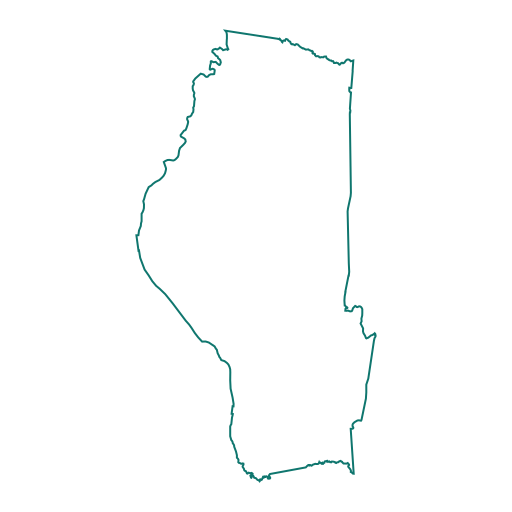 Tamalameque, Cesar, Colombia
{"feature_id": "7082276B88899531515533", "entity_name": "Tamalameque", "entity_type": "district", "adm_level": 2, "iso_a3": "COL", "parent_name": "Colombia", "parent_adm1": "Cesar", "projection": "natural_earth1", "projection_center": [-73.751, 8.897], "detail": "fine", "context": "isolated", "style": "outline", "palette": "teal", "viewbox_px": 512, "rotation_deg": 0, "n_neighbors": 0, "source": "geoboundaries", "source_scale": "gbopen_adm2", "svg_char_len": 5957}
<svg xmlns="http://www.w3.org/2000/svg" viewBox="0 0 512 512"><path d="M202.1,341.6L205.6,341.5L208.8,342.5L214.6,346.4L215.9,348.7L216.8,349.7L217.7,353.4L218.9,355.6L219.3,356.9L220.1,357.8L221.3,360.1L224.5,361.1L226.9,362.9L228.4,364.5L229.6,367.1L230.2,369.4L230.3,372.3L230.2,380.3L230.6,388.7L232.6,397.7L233.6,403.9L233.5,406.3L232.6,406.2L231.6,413.8L232.8,414.0L232.7,414.8L232.0,417.6L231.3,424.2L230.6,425.3L230.2,426.5L230.2,436.3L231.3,440.1L232.1,441.0L232.6,442.1L232.8,443.4L233.6,444.3L234.1,445.4L234.2,446.7L236.0,451.5L236.9,455.2L236.9,457.7L237.9,458.7L238.5,459.9L238.3,462.2L238.8,462.8L239.8,463.0L241.2,463.8L242.6,463.4L243.4,463.6L243.5,464.6L242.7,466.1L242.6,466.8L243.9,468.7L244.3,470.3L244.8,470.8L245.8,471.1L246.2,471.7L246.9,473.4L247.6,473.6L248.5,472.7L248.8,472.7L250.0,473.2L251.6,472.9L252.5,473.6L251.8,474.8L250.8,475.2L250.4,475.6L251.0,477.6L251.3,477.8L251.6,477.5L251.5,476.1L251.6,475.7L251.9,475.5L253.1,475.5L254.3,477.8L255.8,478.1L257.5,479.9L258.9,480.3L259.6,481.3L259.8,481.1L259.9,479.5L260.4,479.3L261.6,479.9L262.1,479.2L262.4,478.2L263.1,477.9L263.1,477.2L263.7,477.5L264.1,476.4L264.7,476.4L265.1,477.0L265.5,477.0L266.2,476.3L266.6,476.3L267.8,477.1L267.7,477.9L268.1,478.6L268.9,478.7L269.9,478.5L270.2,478.0L270.1,477.4L269.2,476.3L269.0,475.3L270.0,474.0L305.8,467.4L307.2,465.9L308.0,465.6L308.3,465.0L309.1,465.0L309.5,465.4L309.9,465.0L310.5,465.1L311.1,465.6L311.6,465.7L312.8,464.7L315.3,463.8L316.1,464.0L317.9,464.0L318.8,463.4L319.2,462.3L319.5,462.9L320.4,462.6L321.1,463.3L322.0,462.9L322.0,463.8L323.0,463.9L323.5,463.1L324.3,462.8L324.4,462.0L325.0,461.3L325.7,461.2L326.4,461.5L326.8,460.9L327.3,460.8L328.0,461.9L329.3,461.4L330.0,462.1L330.5,462.0L330.9,462.3L331.2,462.3L331.7,461.6L333.0,461.6L334.7,462.0L335.1,462.2L335.4,462.8L336.3,463.0L337.1,462.3L338.4,462.2L339.1,461.4L340.4,460.9L340.7,460.9L341.4,461.7L342.1,461.8L342.4,462.4L343.5,463.5L346.5,463.6L347.7,463.0L348.4,464.0L349.0,464.4L349.1,465.0L348.3,466.0L348.2,466.7L350.3,469.3L350.9,470.6L350.8,472.0L351.6,472.3L352.9,473.6L353.7,473.7L350.7,428.8L352.6,428.7L353.2,428.3L353.3,427.5L352.5,426.0L352.6,424.6L353.0,423.7L354.5,422.2L357.4,420.5L358.9,420.3L361.0,420.7L361.5,419.9L365.9,398.7L366.3,392.5L366.3,384.6L368.3,378.6L373.9,341.0L374.5,338.2L375.5,336.5L375.6,335.6L375.2,333.8L374.8,333.4L374.7,333.6L375.2,334.4L374.9,334.7L374.6,334.1L374.2,334.4L373.8,334.0L372.3,335.1L371.2,335.3L368.2,337.7L366.4,338.4L366.0,338.1L365.0,335.6L363.5,333.2L363.0,331.4L363.1,328.4L360.6,323.5L361.6,321.3L361.4,318.7L362.2,315.5L362.3,313.1L362.3,309.2L361.6,307.7L361.1,307.1L360.3,306.5L359.1,306.3L357.5,307.1L356.7,307.0L355.7,306.1L355.2,305.9L353.0,308.2L352.2,310.5L351.7,311.2L350.1,311.4L348.0,310.6L346.5,310.8L345.3,310.7L345.5,308.7L345.9,308.3L347.3,308.0L347.4,307.7L347.0,307.2L346.1,306.9L345.2,305.6L344.7,305.5L344.4,300.5L344.7,296.3L345.5,291.9L345.3,291.8L348.5,275.6L348.8,275.6L349.2,271.8L348.8,263.2L347.6,211.4L348.0,208.4L350.6,196.2L350.9,192.8L349.8,114.2L349.9,112.4L350.2,112.4L350.4,110.7L349.9,108.7L351.0,92.5L350.4,92.4L349.4,91.3L349.2,89.8L349.5,88.7L349.2,88.2L349.3,87.7L350.6,88.1L351.3,88.0L352.7,71.0L352.6,70.8L353.3,60.5L350.8,61.3L349.5,59.9L348.5,59.5L347.3,59.5L346.1,60.3L344.3,62.7L343.0,63.3L342.1,62.7L341.4,62.9L339.7,64.7L339.0,64.4L338.1,63.2L337.2,63.0L336.5,62.6L335.4,63.0L334.0,63.0L333.4,61.5L333.0,61.1L332.1,61.3L331.2,60.5L330.5,60.6L328.9,59.9L328.5,59.3L327.8,59.2L327.2,58.7L326.6,58.2L326.0,56.5L324.1,56.6L323.3,57.3L321.1,57.1L320.8,57.4L320.3,57.5L319.4,57.3L318.8,56.5L317.8,56.1L316.1,56.3L315.0,55.2L315.0,54.1L314.1,53.7L313.0,53.7L312.5,53.2L312.5,52.6L312.8,52.1L312.3,51.6L312.5,51.3L312.0,50.9L311.2,51.0L310.3,50.4L309.5,50.3L308.4,49.4L305.8,49.6L303.6,48.4L303.0,48.5L302.7,48.1L302.2,48.1L300.0,46.7L297.8,44.5L296.2,44.1L294.9,45.2L293.2,44.3L292.2,44.4L292.0,44.0L291.3,44.0L290.7,43.2L290.2,41.7L289.3,41.4L288.4,40.5L288.1,40.4L287.6,39.5L286.1,39.0L285.3,39.8L285.0,40.8L283.7,40.5L282.9,40.9L282.4,42.3L281.9,41.9L281.2,40.4L280.2,40.0L279.9,38.9L279.5,38.6L279.0,39.0L278.3,39.1L277.8,38.8L225.3,30.7L226.4,32.1L226.7,33.4L226.9,34.9L226.9,38.8L226.8,39.4L226.6,44.4L227.7,48.0L228.3,49.2L227.6,49.8L227.1,49.4L226.0,49.3L223.1,50.2L222.1,49.1L219.9,47.6L218.9,48.6L218.5,48.7L217.6,49.4L216.8,49.4L215.7,48.9L214.8,49.1L213.6,49.5L212.9,50.0L212.4,50.8L212.3,51.9L214.5,53.9L215.9,55.7L217.6,56.5L218.1,58.2L219.5,59.3L220.2,60.1L220.8,62.3L220.2,64.2L219.8,64.8L219.2,65.0L217.7,63.9L215.7,61.9L213.4,62.2L211.6,61.2L211.0,61.2L210.8,61.4L210.8,63.4L210.1,65.5L209.7,69.2L209.9,69.5L210.3,69.7L212.3,68.8L212.8,68.8L214.3,69.5L214.7,70.1L214.7,70.6L214.2,74.0L213.8,74.2L210.7,74.3L209.1,75.1L207.7,76.7L206.7,76.9L205.7,76.6L203.6,74.5L200.7,73.7L195.3,78.5L193.2,81.4L193.2,82.1L193.8,83.1L193.9,83.8L193.4,85.2L192.7,86.2L192.7,88.5L193.0,90.3L194.3,92.7L194.3,93.5L193.9,94.6L193.8,96.2L194.8,98.5L194.9,99.4L194.4,101.0L194.0,106.2L193.2,107.7L193.5,109.3L193.2,112.0L192.0,113.7L191.4,115.2L190.4,116.3L187.7,117.0L187.3,117.8L187.1,118.9L187.2,119.5L188.1,121.4L188.1,122.4L187.6,124.6L186.3,128.5L185.5,130.1L184.0,130.7L180.6,135.1L180.7,136.0L181.0,136.6L184.2,138.4L185.3,139.5L185.7,141.5L185.0,142.9L183.3,144.8L180.0,148.0L179.1,150.7L178.5,155.3L177.8,157.0L175.9,159.0L174.5,160.1L173.2,160.5L169.5,159.9L167.5,160.0L165.3,161.0L163.8,162.0L165.6,167.1L166.0,168.3L166.0,169.3L165.7,170.8L165.0,173.3L163.6,175.8L162.0,177.6L159.4,180.0L155.4,182.0L153.0,183.8L151.4,185.4L148.7,187.1L145.6,193.7L144.0,199.4L143.3,201.1L144.0,204.4L143.9,208.2L143.4,210.2L142.5,212.3L141.6,213.7L141.6,221.2L141.0,223.5L140.8,226.0L139.0,230.5L138.4,235.2L136.4,235.3L138.5,250.7L139.0,250.5L140.2,257.9L144.6,269.6L148.6,275.3L152.3,281.2L156.2,285.9L159.7,288.8L165.2,294.1L172.7,303.4L185.8,320.8L189.1,324.5L191.6,328.0L194.8,333.0L198.2,337.4L202.1,341.6Z" fill="none" stroke="#0f766e" stroke-width="2"/></svg>